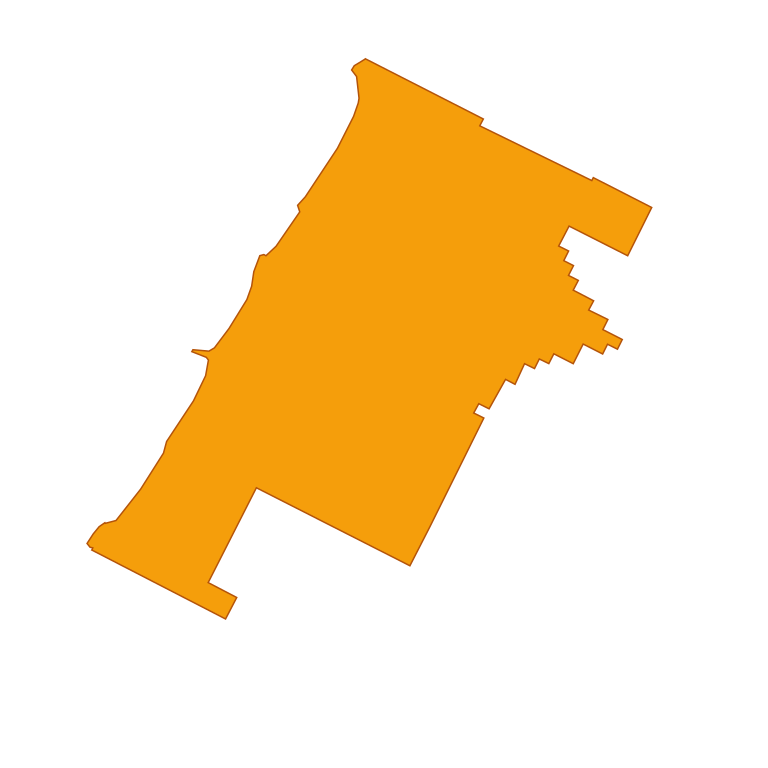 Tillamook, Oregon, United States of America, rotated 27°
{"feature_id": "52423323B79399989430329", "entity_name": "Tillamook", "entity_type": "district", "adm_level": 2, "iso_a3": "USA", "parent_name": "United States of America", "parent_adm1": "Oregon", "projection": "orthographic", "projection_center": [-123.717, 45.414], "detail": "fine", "context": "isolated", "style": "filled", "palette": "amber", "viewbox_px": 768, "rotation_deg": 27, "n_neighbors": 0, "source": "geoboundaries", "source_scale": "gbopen_adm2", "svg_char_len": 1190}
<svg xmlns="http://www.w3.org/2000/svg" viewBox="0 0 768 768"><g transform="rotate(27 384 384)"><path d="M488.4,369.0L477.1,369.1L477.4,358.5L488.9,358.4L490.2,324.7L500.9,324.8L500.0,302.1L511.1,301.9L511.0,291.2L521.6,291.0L521.6,280.0L543.4,280.0L543.3,258.0L565.2,258.0L565.1,247.1L576.2,247.0L576.1,236.2L554.3,236.2L554.2,224.9L532.8,225.2L533.0,214.7L510.0,214.5L510.1,203.5L499.1,203.5L499.1,192.5L488.2,192.5L488.1,181.7L477.0,181.8L477.2,159.3L542.9,159.1L542.4,105.2L476.8,105.1L476.8,108.4L352.1,110.5L352.2,102.8L219.7,102.7L219.6,103.2L213.0,113.9L212.6,118.9L220.0,122.5L232.0,140.7L233.5,145.4L235.4,159.3L235.5,195.0L228.9,253.0L225.9,264.0L230.3,268.4L230.8,268.9L225.3,310.3L220.6,323.3L218.2,323.2L215.1,326.0L217.0,343.0L221.7,357.0L223.5,371.0L220.7,404.9L216.5,428.8L213.1,434.2L198.2,440.2L198.1,442.4L213.6,440.9L216.7,442.4L221.3,457.6L221.9,485.6L216.4,533.9L218.9,545.7L214.9,588.2L207.2,627.3L198.9,634.7L198.3,634.3L195.0,640.3L193.0,649.5L191.8,660.9L196.2,662.9L198.9,662.2L199.1,663.7L199.0,664.6L349.5,665.3L349.7,641.1L317.5,640.8L317.4,534.4L489.6,534.2L489.7,489.9L488.9,413.8L488.4,369.0Z" fill="#f59e0b" stroke="#b45309" stroke-width="1.5"/></g></svg>